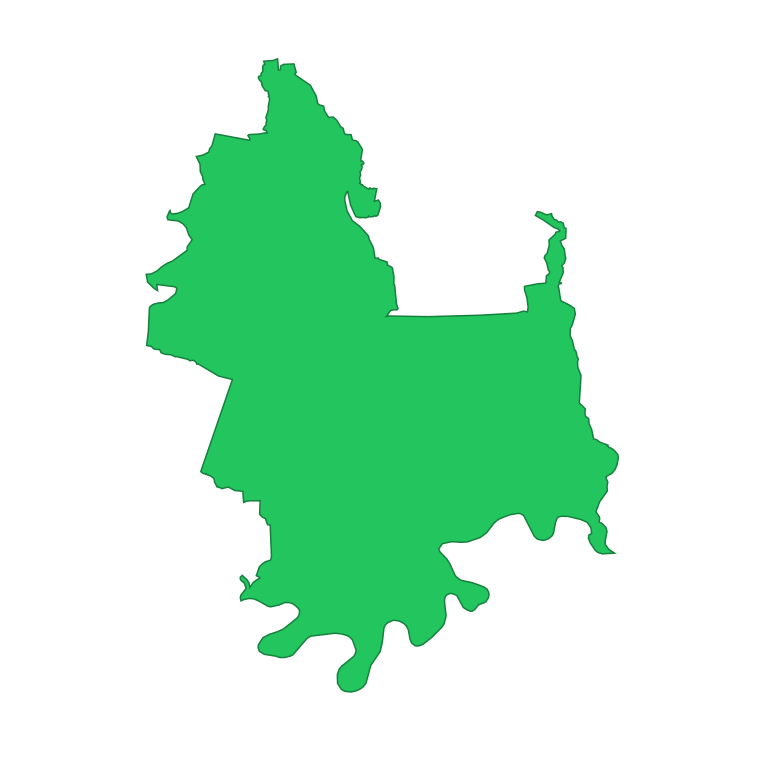 the district of Icusesti, Neamt, Romania, rotated 277°
{"feature_id": "2599482B97507764985483", "entity_name": "Icusesti", "entity_type": "district", "adm_level": 2, "iso_a3": "ROU", "parent_name": "Romania", "parent_adm1": "Neamt", "projection": "albers", "projection_center": [26.969, 46.799], "detail": "fine", "context": "isolated", "style": "filled", "palette": "green", "viewbox_px": 768, "rotation_deg": 277, "n_neighbors": 0, "source": "geoboundaries", "source_scale": "gbopen_adm2", "svg_char_len": 6158}
<svg xmlns="http://www.w3.org/2000/svg" viewBox="0 0 768 768"><g transform="rotate(277 384 384)"><path d="M244.2,633.4L247.3,627.3L251.5,623.3L255.0,622.7L264.9,623.3L268.8,621.6L271.8,618.0L273.3,614.3L276.8,614.5L278.5,613.8L283.0,609.9L293.4,612.4L305.0,618.7L309.8,617.8L314.0,618.1L317.3,616.0L319.2,615.8L323.1,621.1L327.3,623.8L332.1,625.1L338.9,625.6L342.4,624.7L346.3,620.5L348.0,617.4L348.4,615.3L350.0,613.1L350.6,613.7L352.5,605.6L354.6,601.8L355.0,598.8L364.3,595.6L369.7,592.3L373.8,591.6L374.9,591.0L376.3,588.1L380.2,586.8L383.7,587.0L389.0,580.2L416.5,578.5L424.2,574.3L429.5,573.4L432.5,573.8L435.3,572.0L439.1,570.9L440.8,569.8L440.9,569.0L450.0,565.7L454.7,562.8L461.8,562.2L465.7,563.7L476.7,565.4L482.1,563.7L484.6,559.3L488.2,549.3L500.8,545.7L501.3,544.9L504.7,545.5L505.3,547.8L505.8,547.8L506.5,545.6L516.4,548.4L521.4,547.4L523.0,546.0L526.1,548.3L530.5,549.1L540.3,546.3L543.1,543.7L547.4,541.5L550.8,546.6L560.7,545.7L560.7,544.5L561.3,543.8L565.4,542.3L566.5,539.8L566.0,537.1L567.7,535.3L568.0,532.9L571.4,530.2L573.6,529.5L572.3,526.9L571.8,524.1L573.6,518.6L573.7,515.2L569.8,513.7L565.9,522.7L560.1,533.6L559.0,538.0L557.4,539.9L556.8,539.4L555.6,536.1L553.7,535.8L547.0,530.2L542.1,531.1L533.5,530.0L531.0,528.1L528.6,527.7L524.2,530.7L517.4,533.1L515.5,534.9L513.4,534.4L511.4,532.1L503.8,532.2L502.3,524.7L498.0,511.5L494.6,512.0L486.8,515.4L477.8,517.7L473.1,517.6L473.3,513.5L470.5,507.0L464.1,471.7L456.2,419.6L452.1,380.4L451.3,378.1L457.7,381.6L458.9,384.8L459.1,387.7L460.3,388.7L465.3,386.6L483.5,382.5L484.9,381.5L491.7,380.8L500.1,378.2L500.9,377.4L502.5,372.9L505.5,372.2L507.1,363.8L508.3,363.2L507.8,359.8L516.5,357.3L519.6,355.9L526.2,351.4L529.0,350.6L537.3,341.1L542.2,332.7L551.2,326.3L561.0,322.8L565.1,322.3L570.4,323.8L570.7,324.5L557.5,329.0L547.1,335.3L546.6,336.2L546.1,339.7L546.8,343.8L546.6,345.0L547.6,347.7L548.8,348.4L548.2,348.9L548.5,351.4L548.9,353.1L550.0,354.2L549.4,355.5L551.1,357.5L559.6,358.9L562.8,358.4L565.9,356.0L564.2,352.2L577.0,353.0L577.0,349.7L576.2,348.2L576.9,345.7L575.4,345.0L578.4,338.7L579.2,338.3L579.1,336.7L580.4,336.2L580.3,335.3L582.1,335.8L585.7,334.6L588.5,335.4L591.7,334.3L593.9,335.6L596.9,335.8L598.7,334.7L599.4,336.6L600.8,337.1L602.7,335.5L602.4,334.1L603.7,333.6L613.7,334.0L615.4,333.1L621.0,328.6L622.1,326.4L622.3,323.0L627.5,320.9L627.0,315.2L628.1,314.1L632.8,312.3L634.2,309.5L640.0,305.0L642.8,301.1L641.9,297.0L642.3,296.1L648.0,291.6L652.5,290.2L653.2,285.5L654.5,284.0L661.7,281.5L671.5,274.5L680.1,258.1L681.5,257.8L682.5,259.0L690.7,255.5L689.0,245.2L686.9,242.7L683.2,242.8L682.8,241.0L693.8,238.7L691.8,235.2L689.7,225.2L686.5,226.8L685.8,225.4L684.4,224.9L679.4,225.6L677.4,224.2L674.9,224.3L674.0,222.1L672.9,221.9L670.5,223.3L668.6,225.7L665.6,226.4L660.8,230.2L660.3,233.3L657.3,234.0L656.5,234.8L655.2,234.2L654.4,235.2L651.6,235.8L645.8,235.3L641.7,235.8L633.9,234.3L631.6,235.5L628.4,235.1L626.8,235.7L625.0,234.0L622.2,233.0L621.7,233.3L621.3,236.2L618.8,237.3L618.9,236.0L616.8,229.4L615.1,219.6L614.0,218.6L611.2,220.9L609.5,220.9L611.7,186.0L599.3,184.2L596.5,182.3L592.8,181.8L589.0,176.0L586.9,170.0L579.7,174.6L572.4,175.8L567.8,178.7L564.7,179.4L560.4,182.0L559.4,179.1L558.0,177.6L549.3,171.3L535.1,168.7L530.9,163.4L528.4,158.8L526.9,152.9L527.9,151.2L530.1,150.7L529.6,150.0L523.2,148.3L520.7,149.5L520.7,159.9L518.6,164.8L515.2,168.7L508.2,172.1L503.8,175.9L495.9,171.9L492.7,172.3L480.1,158.9L477.5,154.2L473.1,148.9L468.8,145.2L464.8,139.5L463.9,134.6L456.3,137.0L451.1,143.8L449.1,147.9L455.1,146.3L455.0,164.4L453.8,166.7L448.5,166.2L441.5,159.8L437.9,154.9L436.9,150.1L435.0,145.3L432.6,142.6L431.1,141.9L407.2,143.7L393.3,143.7L393.0,148.3L390.7,151.6L390.7,157.3L387.9,158.9L387.4,160.5L386.8,163.8L387.1,168.7L385.6,173.8L385.9,174.9L384.6,186.4L383.4,188.5L384.3,191.3L383.8,193.1L383.0,194.6L380.9,195.8L381.4,196.8L371.7,218.9L370.0,233.0L274.7,212.8L273.1,215.6L273.2,217.5L272.7,217.9L273.3,218.5L272.3,219.6L271.8,222.6L270.0,226.0L268.6,227.1L266.0,227.8L261.5,230.9L262.0,231.5L261.2,232.5L261.2,234.0L260.3,235.7L262.8,242.1L260.1,248.8L260.3,256.9L249.4,259.1L251.0,262.1L251.9,266.1L253.0,275.3L239.4,276.5L236.9,279.7L236.0,282.6L230.1,285.6L230.2,288.2L199.4,293.3L196.0,293.1L195.2,292.5L193.2,288.2L191.1,285.6L187.7,282.7L178.2,280.6L177.0,284.0L176.0,284.4L175.2,282.9L171.4,278.6L165.9,275.7L170.3,274.1L172.7,272.2L176.8,266.6L174.8,265.0L173.0,265.0L171.2,266.6L169.5,269.5L164.3,272.1L156.9,267.6L154.5,267.4L151.3,268.5L153.0,271.2L154.7,276.2L154.9,281.1L153.0,287.1L149.3,295.8L149.0,298.6L152.0,307.1L155.0,312.1L155.5,317.0L154.8,320.2L153.1,323.3L150.4,326.9L148.2,327.9L144.7,327.9L141.4,326.5L128.6,314.1L125.2,308.5L121.6,300.8L117.4,294.7L109.8,291.1L107.2,291.1L103.5,292.9L101.1,298.1L100.7,309.7L99.8,313.9L100.4,318.7L102.5,324.1L104.1,326.6L122.0,338.5L124.8,342.0L130.6,365.4L130.8,371.8L130.0,377.5L128.5,381.1L126.1,383.9L116.4,388.8L112.7,388.4L109.9,387.1L98.6,376.2L95.3,374.2L89.7,373.1L81.2,374.4L76.4,378.2L74.9,380.5L74.2,383.0L74.3,388.8L75.8,393.2L78.3,397.5L81.0,400.3L84.9,402.6L103.2,405.2L117.9,412.8L127.4,413.8L141.8,413.7L145.1,414.7L147.5,416.7L150.5,421.8L150.8,423.9L150.5,428.4L148.6,433.1L146.2,436.0L142.7,438.2L134.0,440.9L130.3,442.9L128.0,446.8L127.9,448.7L128.5,450.9L130.3,454.4L138.6,462.5L149.6,471.0L153.3,472.9L161.4,473.9L175.7,470.5L180.0,470.5L182.4,472.1L183.9,474.5L184.4,476.9L183.0,482.0L171.9,489.9L170.0,493.6L169.0,497.6L169.3,499.3L171.1,501.5L176.5,504.9L179.1,510.1L180.4,511.7L184.6,513.7L187.5,513.9L190.2,513.2L192.8,511.4L194.8,507.8L197.5,496.1L198.6,484.3L200.9,480.0L203.0,477.7L213.7,471.2L218.0,467.6L224.1,460.1L226.9,458.4L232.6,461.4L235.8,470.5L236.3,479.7L237.5,486.3L243.3,498.1L248.8,503.9L259.2,510.1L262.5,512.9L264.6,515.6L269.4,524.6L271.9,532.6L271.9,535.2L270.7,538.5L251.1,551.8L248.7,555.2L248.1,560.2L248.5,562.4L250.5,566.2L254.0,569.5L257.3,570.5L267.7,571.1L271.3,572.0L273.2,573.2L274.3,576.1L275.0,582.7L273.5,595.9L271.5,602.5L266.6,606.9L260.8,608.3L259.1,605.7L255.8,605.7L251.1,608.3L244.7,613.9L242.8,616.9L242.0,621.3L244.2,633.4Z" fill="#22c55e" stroke="#15803d" stroke-width="1.5"/></g></svg>